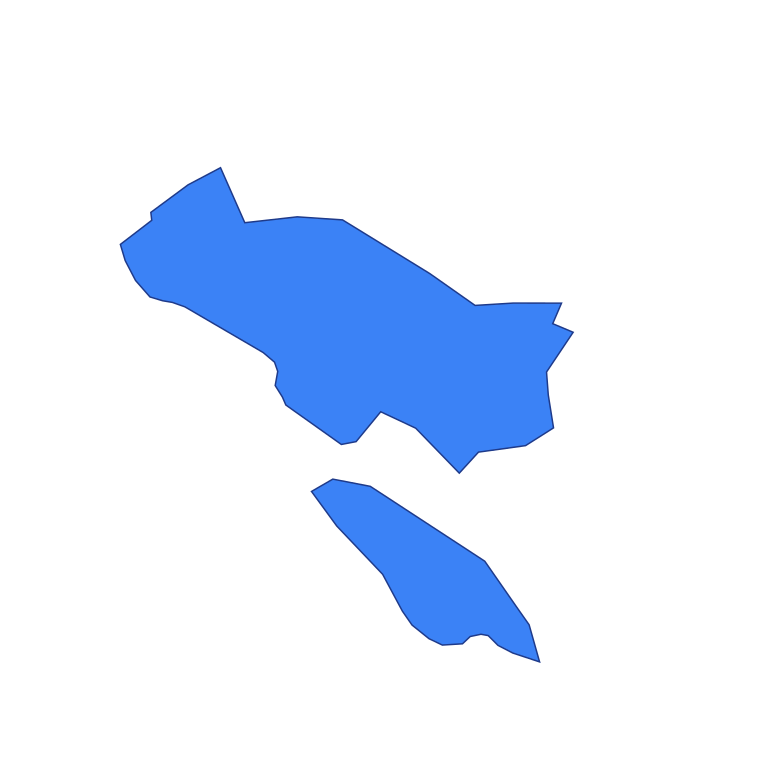 the Municipality of Olaines, rotated 38°
{"feature_id": "LVA-5772", "entity_name": "Olaines", "entity_type": "Municipality", "adm_level": 1, "iso_a3": "LVA", "parent_name": "Latvia", "parent_adm1": "", "projection": "robinson", "projection_center": [24.009, 56.777], "detail": "fine", "context": "isolated", "style": "filled", "palette": "blue", "viewbox_px": 768, "rotation_deg": 38, "n_neighbors": 0, "source": "natural_earth", "source_scale": "10m", "svg_char_len": 853}
<svg xmlns="http://www.w3.org/2000/svg" viewBox="0 0 768 768"><g transform="rotate(38 384 384)"><path d="M474.1,211.0L479.8,232.6L501.2,226.8L504.7,274.5L520.2,291.5L544.6,314.2L533.5,345.4L500.4,379.5L498.2,407.9L436.2,399.3L398.5,407.9L397.5,446.6L387.6,457.9L319.6,461.0L311.9,456.8L299.2,452.2L292.5,439.5L284.3,434.2L269.4,433.6L179.5,445.8L167.0,450.0L158.3,454.7L146.0,459.5L124.5,455.4L104.1,446.1L90.3,436.3L100.2,398.0L94.6,392.3L107.0,347.6L122.0,314.2L175.0,342.6L212.7,305.7L250.3,280.2L352.1,268.8L407.4,266.0L436.2,240.5L474.1,211.0ZM677.7,507.2L651.2,516.7L634.8,519.8L621.0,518.1L614.5,521.5L607.4,529.9L605.8,540.4L590.7,553.8L576.3,557.0L554.5,556.7L538.4,551.7L500.1,534.8L434.2,525.0L393.0,513.3L402.2,490.5L436.2,473.1L572.5,461.6L625.2,477.9L646.6,484.4L677.7,507.2Z" fill="#3b82f6" stroke="#1e3a8a" stroke-width="1.5"/></g></svg>